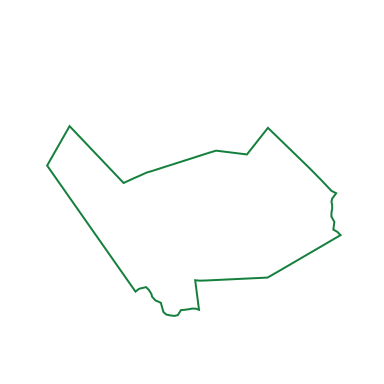 Tanque do Piauí, Piauí, Brazil, rotated 319°
{"feature_id": "56859067B11832506825176", "entity_name": "Tanque do Piauí", "entity_type": "district", "adm_level": 2, "iso_a3": "BRA", "parent_name": "Brazil", "parent_adm1": "Piauí", "projection": "robinson", "projection_center": [-42.274, -6.64], "detail": "fine", "context": "isolated", "style": "outline", "palette": "green", "viewbox_px": 384, "rotation_deg": 319, "n_neighbors": 0, "source": "geoboundaries", "source_scale": "gbopen_adm2", "svg_char_len": 786}
<svg xmlns="http://www.w3.org/2000/svg" viewBox="0 0 384 384"><g transform="rotate(319 192 192)"><path d="M84.0,230.1L88.5,230.3L94.9,233.6L95.2,237.4L94.5,242.2L93.2,244.8L93.3,249.8L95.8,255.2L93.3,260.4L91.7,263.8L92.2,267.6L94.3,270.5L97.6,274.1L100.5,275.6L103.6,274.7L106.3,273.9L108.9,275.9L112.1,278.0L115.6,280.1L118.3,282.5L120.0,285.5L136.5,260.7L139.8,264.1L143.8,267.4L192.8,306.1L202.7,308.1L275.8,322.0L275.5,317.3L274.0,313.1L279.8,308.0L281.1,302.0L283.8,299.0L286.8,296.6L289.3,293.7L290.9,290.8L293.4,289.0L300.0,287.5L298.0,282.7L297.3,266.4L296.3,250.7L291.4,193.4L258.1,199.7L237.3,176.6L229.8,173.2L175.6,149.9L170.8,147.7L167.3,146.6L161.6,144.9L157.9,143.7L146.3,140.3L142.8,62.0L100.0,77.0L84.0,230.1Z" fill="none" stroke="#15803d" stroke-width="2"/></g></svg>